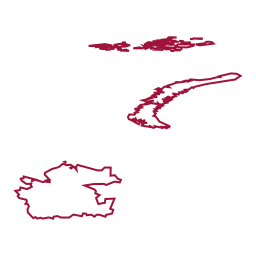 outline of Arkhangel'sk
{"feature_id": "RUS-2354", "entity_name": "Arkhangel'sk", "entity_type": "Region", "adm_level": 1, "iso_a3": "RUS", "parent_name": "Russia", "parent_adm1": "", "projection": "natural_earth1", "projection_center": [52.194, 71.252], "detail": "fine", "context": "isolated", "style": "outline", "palette": "rose", "viewbox_px": 256, "rotation_deg": 0, "n_neighbors": 0, "source": "natural_earth", "source_scale": "10m", "svg_char_len": 5780}
<svg xmlns="http://www.w3.org/2000/svg" viewBox="0 0 256 256"><path d="M20.5,187.4L26.9,189.1L31.8,186.8L30.7,184.9L31.2,183.8L26.3,183.9L21.5,180.5L20.8,178.6L23.5,178.3L23.7,176.5L34.6,179.3L32.3,179.9L32.0,181.1L35.0,179.6L42.8,182.1L45.4,181.5L44.4,181.6L45.0,180.9L47.2,182.0L49.6,182.1L49.0,180.3L49.8,180.0L44.7,174.6L44.9,172.8L52.0,169.0L58.7,167.1L62.9,163.8L66.1,164.7L65.3,165.2L70.6,164.8L73.2,166.5L70.3,167.9L70.7,168.3L71.8,168.9L71.0,168.0L74.2,167.0L76.5,169.9L76.0,166.8L77.6,164.9L97.5,170.4L101.6,170.4L104.7,167.5L110.7,167.6L110.5,175.7L114.8,175.2L118.0,178.9L120.9,179.8L119.8,182.4L114.6,181.6L106.1,185.0L104.0,183.9L93.2,184.1L84.6,185.5L94.5,189.5L95.9,191.2L95.3,193.3L99.6,195.1L96.1,198.0L98.4,204.0L104.8,202.8L105.4,199.0L114.5,198.6L110.2,208.8L113.2,209.8L112.1,213.5L106.1,214.9L105.4,216.7L99.2,214.7L96.4,214.8L94.5,216.7L91.4,214.7L86.7,215.2L86.1,213.7L83.1,213.4L81.9,216.2L73.3,214.6L69.2,217.5L60.9,217.5L57.5,216.1L53.6,216.7L53.1,218.7L48.8,217.4L42.8,218.6L40.6,217.7L37.2,218.6L35.6,217.1L33.3,218.1L27.9,212.6L27.5,209.2L28.9,206.2L27.7,204.0L25.5,203.8L26.9,201.6L26.4,199.8L19.3,198.1L17.7,196.2L19.0,194.5L15.4,190.9L19.8,190.1L20.5,187.4ZM164.5,92.4L156.9,91.5L162.4,90.3L156.2,89.2L158.4,88.1L161.4,89.2L164.6,86.6L169.2,87.2L167.5,85.7L176.6,82.7L185.6,81.6L183.7,81.2L185.1,80.7L188.7,80.6L186.4,81.5L188.1,81.6L190.7,80.7L189.1,80.4L190.2,79.4L199.4,80.2L209.5,79.1L218.1,77.0L221.5,77.3L219.7,76.1L231.1,73.4L236.7,73.8L240.6,75.9L235.6,79.1L236.4,79.3L206.5,84.0L194.7,86.8L193.4,88.0L192.0,87.2L188.6,89.6L183.5,89.8L188.5,90.5L185.3,91.1L186.5,91.6L185.9,92.0L180.9,91.5L183.3,92.6L182.6,93.3L178.2,92.0L179.5,92.8L178.2,92.8L179.1,93.1L178.7,94.5L172.3,93.4L175.4,94.7L176.0,96.2L173.2,96.4L174.7,97.0L172.4,97.0L172.2,98.3L168.2,96.6L166.5,97.6L170.8,98.9L170.1,99.1L171.1,99.9L169.8,100.5L167.4,99.5L161.9,99.2L167.1,99.7L169.0,101.0L167.2,102.0L163.1,100.9L166.6,102.8L163.3,103.6L163.2,104.6L159.2,104.2L157.8,102.9L157.9,104.1L151.1,102.9L146.8,103.9L145.4,103.5L148.7,101.5L154.0,100.6L147.0,101.6L142.7,100.3L150.4,98.5L149.0,98.1L151.8,96.8L157.3,97.3L152.1,96.0L156.5,95.7L153.1,95.1L154.1,94.5L160.0,94.1L155.9,93.9L155.0,92.7L164.5,92.4ZM128.0,117.0L129.3,114.5L134.4,114.7L135.2,113.9L134.7,112.8L137.7,112.3L136.5,111.2L139.3,110.1L137.0,109.8L140.1,109.7L134.4,109.0L141.1,107.7L139.5,107.0L141.1,106.6L139.4,105.9L140.7,104.8L146.4,104.4L151.3,103.1L161.3,104.8L162.3,105.6L157.2,106.2L161.6,106.3L161.0,106.7L155.9,107.0L160.2,107.0L160.0,108.2L155.1,108.4L158.2,109.5L156.0,109.3L156.7,109.8L156.0,110.6L153.7,110.3L155.5,111.2L152.7,111.4L155.1,111.5L154.5,112.7L155.8,113.6L153.6,115.9L155.4,116.2L159.6,121.7L170.1,126.4L168.7,126.2L169.5,126.6L168.9,127.4L164.1,126.6L167.9,127.8L160.4,126.5L163.5,127.6L162.6,128.0L155.0,126.2L155.5,127.0L153.4,127.9L148.9,125.5L150.7,127.1L142.4,125.7L140.7,125.2L143.5,125.3L142.1,123.2L147.1,122.9L141.7,121.7L145.1,120.0L141.5,121.3L140.4,120.0L141.6,119.2L137.9,120.6L136.0,119.9L135.6,118.5L134.7,119.8L133.7,118.9L132.9,119.2L133.8,119.8L130.9,120.0L128.8,119.1L128.0,117.0ZM130.2,45.1L125.7,46.5L117.9,46.9L118.7,47.4L112.8,47.5L111.5,48.2L114.4,49.0L110.8,48.8L109.8,49.7L105.3,49.8L108.1,48.9L102.1,49.1L99.2,48.2L108.5,48.0L105.3,47.4L109.1,47.2L103.9,47.1L114.9,46.6L118.0,45.1L113.6,45.0L121.4,43.6L122.6,43.8L119.9,44.1L125.1,43.7L126.3,44.2L121.4,45.0L130.2,45.1ZM194.1,44.5L193.6,45.8L187.2,47.4L178.6,47.2L176.2,46.5L176.9,46.2L176.0,45.6L178.7,44.3L194.1,44.5ZM195.8,44.4L204.9,43.2L206.1,41.9L208.7,41.7L211.9,42.2L213.6,43.6L199.7,45.4L195.8,44.4ZM104.3,46.0L96.0,47.2L95.8,46.2L88.6,45.9L105.0,44.1L112.4,45.6L106.3,44.8L103.5,45.6L104.3,46.0ZM165.9,49.4L162.2,46.9L176.5,48.0L171.1,48.0L169.2,48.5L171.2,49.2L165.9,49.4ZM152.5,43.3L146.7,43.1L148.2,42.2L156.4,42.8L166.7,44.6L162.8,45.3L160.4,44.5L152.5,43.3ZM154.8,49.6L157.3,47.8L162.7,47.7L163.6,48.9L162.4,49.9L154.8,49.6ZM154.1,41.7L152.7,41.1L159.5,41.3L158.2,40.4L160.5,40.3L167.6,41.0L154.1,41.7ZM143.5,48.4L133.2,48.3L139.1,47.4L143.5,48.4ZM180.6,43.2L184.1,42.5L190.7,42.4L186.5,43.7L180.6,43.2ZM164.4,43.9L161.7,43.0L156.8,42.5L170.1,43.6L164.4,43.9ZM171.6,40.2L160.6,39.9L166.8,39.2L171.6,40.2ZM156.2,44.5L149.5,45.1L144.1,44.4L156.2,44.5ZM140.2,122.1L138.8,124.3L133.4,121.3L136.9,120.5L140.2,122.1ZM176.6,37.4L167.4,38.2L168.9,37.3L176.6,37.4ZM158.4,45.8L152.9,45.2L162.1,45.3L158.4,45.8ZM180.7,50.4L173.5,50.2L178.1,49.5L180.7,50.4ZM200.9,39.0L192.6,38.4L202.8,38.5L200.9,39.0ZM171.8,44.9L167.3,44.5L174.7,44.4L171.8,44.9ZM125.9,49.6L129.0,50.9L120.1,50.6L125.9,49.6ZM172.3,42.8L170.6,43.5L167.4,42.8L168.7,42.3L172.3,42.8ZM121.9,49.0L119.1,49.9L117.0,49.2L121.9,49.0ZM143.0,46.9L144.1,46.5L143.5,45.9L147.1,46.9L143.0,46.9ZM174.6,41.1L171.0,40.8L176.5,40.8L174.6,41.1ZM162.2,41.9L167.6,41.4L168.8,41.6L162.2,41.9ZM122.9,42.6L122.1,42.5L125.9,42.4L122.2,43.0L122.9,42.6ZM49.1,181.5L47.4,181.8L46.4,181.1L44.8,180.8L47.4,180.6L48.2,181.2L49.1,181.5ZM153.4,48.1L151.8,48.7L150.0,48.5L152.2,47.9L153.4,48.1ZM148.1,46.9L149.0,47.5L146.6,47.5L148.1,46.9ZM146.8,48.3L145.4,49.0L144.9,48.4L145.5,48.1L146.8,48.3ZM48.9,181.2L46.3,180.1L48.5,180.0L48.9,181.2ZM183.7,41.2L182.9,41.4L179.3,41.1L180.4,40.9L183.7,41.2ZM150.2,47.1L148.0,46.6L150.8,46.8L150.2,47.1ZM172.6,50.5L174.2,51.1L170.4,50.9L172.6,50.5ZM190.0,38.9L192.9,39.0L193.3,39.2L190.0,38.9ZM65.2,161.6L66.3,162.6L64.6,161.8L65.2,161.6ZM174.9,41.6L178.9,41.9L174.3,41.7L174.9,41.6ZM171.0,39.1L169.7,39.0L172.3,38.8L171.0,39.1ZM175.3,82.3L178.7,81.9L175.1,82.4L175.3,82.3ZM164.8,127.4L167.4,128.1L166.3,128.3L164.8,127.4ZM150.3,47.3L151.8,47.2L152.0,47.4L151.2,47.6L150.3,47.3ZM181.3,49.0L182.3,49.3L180.3,49.1L181.3,49.0ZM140.3,120.9L141.3,121.5L139.8,120.9L140.3,120.9Z" fill="none" stroke="#9f1239" stroke-width="2"/></svg>